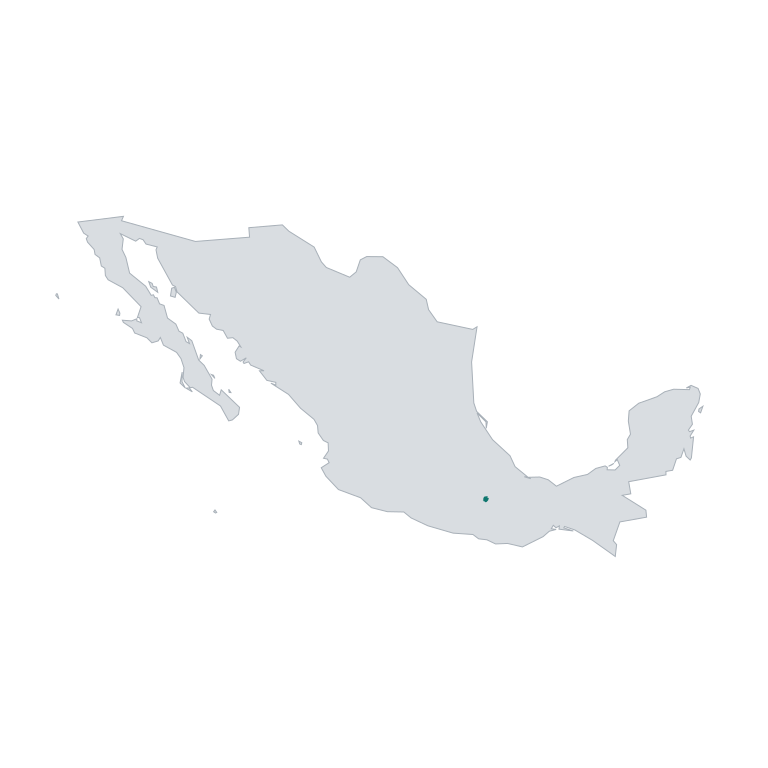 location of Petlalcingo, Puebla, Mexico, rotated 352°
{"feature_id": "50627088B13668938425489", "entity_name": "Petlalcingo", "entity_type": "district", "adm_level": 2, "iso_a3": "MEX", "parent_name": "Mexico", "parent_adm1": "Puebla", "projection": "albers", "projection_center": [-97.931, 18.063], "detail": "fine", "context": "in_parent", "style": "filled", "palette": "teal", "viewbox_px": 768, "rotation_deg": 352, "n_neighbors": 0, "source": "geoboundaries", "source_scale": "gbopen_adm2", "svg_char_len": 5089}
<svg xmlns="http://www.w3.org/2000/svg" viewBox="0 0 768 768"><g transform="rotate(352 384 384)"><path d="M103.4,181.0L149.3,181.7L146.8,185.8L217.1,216.6L271.3,219.9L271.9,210.4L305.5,212.3L311.0,219.4L333.9,238.7L339.0,254.4L343.1,260.6L364.9,273.5L372.1,269.1L377.8,257.8L384.6,255.4L400.6,257.8L413.6,270.7L422.3,289.1L437.6,306.0L438.5,316.6L445.3,329.8L479.5,342.3L484.1,340.3L473.8,374.4L470.3,415.2L471.9,424.0L481.1,435.8L479.1,442.1L479.7,435.7L472.1,425.7L474.5,434.9L483.7,454.2L498.8,472.6L502.3,484.1L513.0,495.7L510.0,495.4L516.1,498.2L514.2,496.5L525.3,497.8L533.3,501.7L540.5,509.2L559.1,503.0L572.9,501.9L582.0,497.1L591.6,495.9L593.6,497.6L593.0,500.0L600.9,501.3L606.1,497.4L604.5,491.4L601.9,493.0L602.6,491.7L616.6,481.1L617.2,472.9L621.1,468.0L620.8,454.7L623.0,444.7L633.6,438.5L652.6,434.6L660.8,430.8L670.1,429.5L685.7,432.1L686.8,429.8L682.8,430.0L687.9,428.1L694.4,432.1L695.8,437.9L693.1,446.1L683.7,458.7L683.8,466.8L679.0,472.0L680.0,473.7L684.4,472.8L679.9,478.1L680.1,480.2L683.2,479.4L678.1,500.0L676.6,501.9L673.1,497.5L672.0,489.9L667.8,498.0L663.2,498.8L657.8,509.6L651.0,509.8L650.6,513.2L612.7,514.8L613.1,527.1L604.4,527.4L625.8,545.4L625.5,552.4L598.4,553.4L589.2,571.1L592.0,575.4L589.0,587.0L568.8,567.9L552.7,555.1L543.0,550.2L542.0,551.5L551.0,555.9L537.1,552.1L537.9,548.9L534.3,550.3L532.0,547.5L529.5,550.6L534.2,552.0L527.2,552.8L520.3,557.3L498.4,564.6L484.2,559.1L472.2,557.9L464.2,552.6L456.2,550.5L451.1,545.4L431.7,541.3L407.7,530.5L392.2,520.4L385.8,513.5L369.6,510.9L354.4,504.7L345.0,493.4L324.2,482.2L313.6,467.2L310.2,458.2L318.7,454.3L317.5,450.5L313.8,449.1L319.7,442.6L320.5,434.5L316.1,431.5L312.0,423.3L312.4,415.9L309.8,409.3L298.0,396.4L288.0,381.0L272.1,367.4L276.7,370.1L277.1,367.3L268.5,364.1L262.5,353.6L267.0,354.2L254.6,346.7L253.0,343.2L248.2,344.2L247.5,342.6L251.3,338.9L245.0,341.5L241.4,338.4L241.0,331.8L245.8,326.2L247.4,327.4L244.6,321.1L240.8,317.1L235.4,316.9L232.2,308.6L225.8,306.4L222.1,302.7L219.9,295.4L221.9,291.0L210.5,288.0L191.9,264.0L191.1,258.5L188.3,256.6L177.4,227.9L176.9,219.4L178.5,216.7L167.8,212.3L165.5,207.6L162.1,205.8L158.0,208.0L143.8,198.4L146.0,204.0L143.3,214.2L146.0,222.8L147.5,238.8L161.6,254.0L165.8,263.8L168.1,263.6L169.1,266.6L171.3,267.1L172.9,273.4L177.1,275.6L178.8,288.6L186.2,295.7L188.3,303.1L191.8,305.7L193.9,314.5L197.0,316.9L195.6,310.3L199.7,314.4L203.8,334.5L208.5,340.5L214.4,355.3L213.0,361.2L214.1,366.7L219.6,372.3L222.0,367.1L237.7,387.0L235.7,393.8L228.8,398.5L225.1,398.9L219.0,383.0L194.0,360.6L191.6,360.7L186.8,353.8L186.0,349.4L188.2,339.9L186.5,330.6L183.0,323.8L171.0,314.8L169.0,306.8L166.4,309.9L159.9,310.9L155.6,305.2L144.2,298.8L142.7,294.0L134.5,286.7L133.8,284.4L142.8,286.4L148.3,285.0L148.0,287.1L152.4,289.6L151.1,284.3L149.1,283.8L154.2,273.6L138.7,252.3L125.3,242.4L123.2,237.8L123.7,230.5L120.5,227.8L120.0,219.5L115.9,215.5L115.7,210.5L110.2,202.3L109.4,198.6L111.6,196.3L107.6,192.8L103.4,181.0ZM191.1,264.2L189.2,269.1L184.8,267.1L187.1,259.6L189.9,259.1L191.1,264.2ZM172.7,261.7L166.5,255.7L165.3,249.9L168.4,252.1L169.0,255.3L172.2,256.3L172.7,261.7ZM693.5,456.6L691.7,455.0L692.4,452.6L696.7,450.4L693.5,456.6ZM186.6,360.2L182.2,354.6L185.8,344.1L184.3,353.6L186.6,360.2ZM131.7,279.3L128.2,278.2L131.1,272.8L132.3,277.1L131.7,279.3ZM73.9,254.6L71.3,250.6L72.1,249.1L73.1,249.3L73.9,254.6ZM190.6,360.7L193.1,365.1L187.4,360.6L190.6,360.7ZM294.4,430.7L293.7,432.5L292.2,431.7L291.7,428.7L294.4,430.7ZM216.4,351.6L217.3,354.9L214.4,350.6L216.4,351.6ZM206.3,329.3L208.0,330.8L205.2,333.6L206.3,329.3ZM200.5,487.9L199.2,488.3L197.5,486.8L199.1,485.2L200.5,487.9ZM598.2,495.8L594.9,496.7L600.6,494.6L598.2,495.8ZM231.2,371.2L229.5,370.8L229.5,367.6L231.2,371.2Z" fill="#d9dde1" stroke="#a8b0b8" stroke-width="1"/><path d="M468.4,514.4L468.5,514.4L468.5,514.2L468.5,513.9L468.4,513.9L468.4,513.7L468.5,513.6L468.4,513.5L468.6,513.5L468.8,513.4L469.0,513.2L469.1,513.3L469.1,513.2L469.2,513.3L469.3,513.3L469.4,513.2L469.5,513.2L469.8,513.2L470.0,513.0L470.0,512.9L470.1,513.0L470.3,513.2L470.5,512.8L470.5,512.7L470.5,512.4L470.8,512.3L470.9,512.2L471.0,512.1L470.9,511.9L470.7,511.9L470.2,511.7L470.0,511.3L470.0,511.2L469.9,511.1L469.9,510.7L469.8,510.4L469.9,510.2L469.7,510.2L469.4,510.2L469.4,510.3L469.3,510.5L469.3,510.4L469.4,510.2L469.2,510.0L469.2,509.9L469.2,510.0L468.9,510.2L468.7,510.2L468.4,510.2L468.3,510.3L468.3,510.5L468.3,510.8L468.2,510.8L468.1,510.7L467.9,510.6L467.9,510.4L468.0,510.3L467.9,510.3L467.7,510.5L467.7,510.8L467.6,510.7L467.8,510.9L467.7,510.9L467.8,510.9L467.7,510.9L467.8,510.9L467.9,511.1L467.7,511.2L467.6,511.3L467.4,511.3L467.4,511.5L467.2,511.7L467.0,511.8L467.0,512.0L467.0,512.3L467.3,512.4L467.5,512.4L467.4,512.4L467.5,512.4L467.4,512.5L467.5,512.5L467.6,512.8L467.6,513.0L467.8,513.1L467.7,513.1L467.8,513.1L467.7,513.2L467.8,513.2L467.8,513.3L467.7,513.3L467.8,513.3L467.7,513.3L467.7,513.5L467.8,513.5L467.7,513.6L467.7,513.8L467.7,514.0L467.8,514.1L467.7,514.1L467.8,514.1L468.1,514.2L468.4,514.2L468.4,514.3L468.4,514.4Z" fill="#14b8a6" stroke="#0f766e" stroke-width="1.5"/></g></svg>